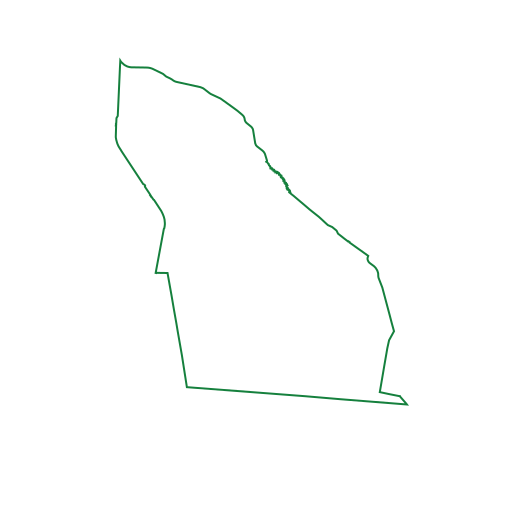 Asten, Noord-Brabant, Netherlands (Natural Earth projection), rotated 18°
{"feature_id": "6326949B72042777534396", "entity_name": "Asten", "entity_type": "district", "adm_level": 2, "iso_a3": "NLD", "parent_name": "Netherlands", "parent_adm1": "Noord-Brabant", "projection": "natural_earth1", "projection_center": [5.775, 51.387], "detail": "fine", "context": "isolated", "style": "outline", "palette": "green", "viewbox_px": 512, "rotation_deg": 18, "n_neighbors": 0, "source": "geoboundaries", "source_scale": "gbopen_adm2", "svg_char_len": 5318}
<svg xmlns="http://www.w3.org/2000/svg" viewBox="0 0 512 512"><g transform="rotate(18 256 256)"><path d="M230.8,402.1L345.9,374.2L380.6,366.1L430.7,354.1L445.4,350.6L444.7,350.1L436.2,345.0L436.1,344.8L435.4,345.0L425.3,346.2L415.8,347.2L413.8,333.5L411.7,319.2L410.1,308.0L409.4,303.2L408.6,295.0L410.5,284.9L406.0,278.1L401.0,270.3L385.9,247.0L379.3,238.9L378.6,237.6L377.6,234.9L377.2,234.2L376.4,233.1L375.7,232.2L374.6,231.3L373.7,230.5L372.5,229.8L371.3,229.2L370.4,228.9L367.1,227.8L365.8,227.3L365.1,226.9L364.5,226.4L364.1,226.0L363.6,225.4L363.2,224.8L363.0,224.4L362.8,223.7L362.7,223.2L362.7,221.2L350.7,217.4L340.8,214.3L340.8,214.2L340.8,213.9L339.2,213.4L339.0,213.6L338.9,213.7L338.7,213.6L334.7,212.2L327.9,209.7L327.1,209.4L325.1,207.3L324.9,207.1L324.6,206.9L319.5,204.9L314.8,204.4L313.0,203.6L306.1,200.4L303.4,199.2L295.3,196.2L293.0,195.3L292.9,195.3L292.1,195.0L291.8,194.8L291.5,194.7L291.0,194.5L273.2,187.2L270.2,186.1L269.6,185.8L268.2,185.3L268.2,185.1L267.7,184.9L267.7,184.7L268.3,184.8L268.4,184.7L268.5,184.6L268.1,184.3L268.1,184.2L268.5,184.2L268.1,183.7L268.0,183.3L267.8,183.2L267.4,183.0L267.2,182.9L266.7,183.2L266.4,183.2L266.5,182.6L266.4,182.5L265.7,182.5L265.6,183.2L265.4,183.2L265.2,182.7L264.6,182.6L264.3,182.3L264.3,182.2L264.8,181.9L265.1,182.1L265.4,181.7L265.2,181.4L264.4,181.4L263.4,180.7L263.2,180.4L263.3,180.3L263.5,179.9L263.9,179.8L264.0,179.6L264.2,179.3L263.8,179.0L263.4,178.2L263.2,178.1L263.0,178.5L262.9,178.7L262.8,178.8L262.6,178.8L262.5,178.4L262.4,178.1L262.3,177.9L262.2,178.0L261.9,178.4L261.7,178.4L261.7,178.1L261.9,177.7L262.0,177.3L261.9,177.1L261.7,177.1L261.2,177.3L260.9,177.7L260.5,177.6L260.7,177.2L260.0,176.4L260.0,176.2L260.1,175.9L259.8,175.8L259.6,175.7L259.5,175.8L259.5,176.0L259.4,176.1L258.8,176.1L258.8,175.9L258.9,175.6L259.0,175.5L259.0,175.4L258.9,175.3L258.4,175.0L258.5,174.9L259.2,174.9L259.3,174.9L259.3,174.6L259.0,174.4L258.9,174.3L258.7,174.3L258.3,174.4L258.1,174.5L257.5,174.4L257.4,174.3L257.4,174.2L257.6,174.0L257.7,173.8L257.7,173.6L257.3,173.5L256.8,173.7L256.7,173.7L256.5,173.3L256.5,173.2L256.3,173.2L256.1,173.2L255.9,173.4L255.8,173.6L255.7,173.6L255.4,173.5L255.4,173.4L255.6,173.0L255.9,172.8L255.8,172.7L255.6,172.4L255.5,172.1L255.4,172.1L255.2,172.1L255.1,172.4L254.9,172.5L254.7,172.4L254.8,172.1L255.1,171.8L255.1,171.7L254.6,171.7L254.1,171.6L253.9,171.1L253.7,171.0L253.3,171.0L253.2,171.1L253.0,171.6L252.8,171.7L252.6,171.5L252.6,171.2L252.9,171.1L252.9,170.9L252.7,170.6L252.4,170.1L252.1,169.9L251.9,169.9L251.6,170.0L251.5,170.3L251.2,170.4L251.0,170.2L250.8,170.1L250.6,170.6L250.4,170.7L250.3,170.3L250.4,170.2L250.5,169.8L250.7,169.5L250.6,169.4L249.8,169.4L249.6,169.4L249.5,169.5L249.6,169.8L249.4,170.0L249.1,170.2L249.1,169.8L249.1,169.7L248.8,169.6L248.7,169.7L248.3,170.1L248.2,170.1L247.9,169.5L247.7,169.5L247.6,169.9L247.5,170.0L247.4,170.0L247.3,169.8L247.1,169.7L246.8,169.5L246.8,169.4L247.0,169.2L247.0,168.8L246.9,168.7L246.8,168.8L246.6,169.0L246.4,169.1L246.4,168.6L246.2,168.4L245.7,168.4L245.3,168.4L245.1,168.5L245.0,168.8L244.8,168.8L244.8,168.7L244.0,168.1L244.2,167.9L244.3,167.7L244.2,167.6L243.8,167.7L243.6,168.1L243.3,168.2L243.1,168.3L242.7,168.3L242.7,168.1L242.9,167.9L243.0,167.7L242.9,167.5L242.6,167.1L242.4,167.0L241.8,166.8L241.8,166.5L241.7,166.3L241.5,166.1L240.4,165.8L240.3,165.7L239.9,165.1L239.8,164.8L239.8,164.7L239.3,164.6L239.1,164.5L238.7,164.1L238.3,163.9L238.1,163.6L237.8,163.4L237.3,163.2L236.7,163.3L236.6,163.2L236.9,162.8L237.1,162.6L237.1,162.2L237.0,161.9L233.0,156.2L232.3,155.5L231.8,155.1L230.9,154.4L230.0,154.0L229.4,153.7L223.6,151.6L223.0,151.4L222.2,150.9L221.7,150.6L221.2,150.0L220.8,149.5L220.5,149.2L214.3,137.1L213.7,136.2L213.3,135.8L212.8,135.4L212.3,135.0L211.4,134.5L206.2,132.5L205.7,132.3L204.6,131.6L204.2,131.2L203.6,130.6L203.2,129.9L202.5,128.6L202.0,127.9L201.1,127.0L200.3,126.5L199.1,125.9L193.4,123.6L192.5,123.3L188.6,122.0L173.9,117.3L172.9,117.1L171.9,117.0L163.8,116.0L163.0,115.9L161.5,115.5L154.5,113.0L153.7,112.8L152.5,112.7L150.9,112.6L127.4,114.9L126.3,115.0L125.3,115.0L124.3,114.9L123.0,114.6L121.5,114.1L120.1,113.8L119.1,113.6L115.2,113.1L114.4,112.8L112.2,111.9L111.5,111.6L110.4,111.4L100.2,110.0L99.3,109.9L97.3,109.9L95.7,110.1L94.8,110.3L93.0,110.8L79.0,115.1L77.4,115.4L75.8,115.5L74.8,115.5L73.7,115.3L72.5,115.1L71.4,114.8L68.1,113.3L67.3,112.8L66.6,112.2L67.7,116.3L68.2,118.2L79.4,158.8L81.2,165.4L81.2,165.8L80.8,167.4L80.7,168.0L81.9,172.3L81.9,173.5L82.0,173.8L82.3,173.8L82.6,175.0L82.4,175.0L82.4,175.3L82.6,175.3L83.0,176.3L85.7,185.6L86.1,186.7L87.3,188.9L87.8,189.6L88.3,190.4L89.5,192.1L90.4,193.1L91.4,194.2L93.4,195.9L94.9,197.1L95.4,197.6L97.5,199.3L126.4,222.4L126.7,222.5L127.6,222.6L128.2,222.8L128.5,223.1L128.9,223.5L128.9,224.4L135.5,229.6L137.0,230.9L136.8,231.1L137.1,231.3L137.2,231.2L137.7,231.6L138.3,232.1L138.2,232.2L138.5,232.4L138.8,232.5L138.9,232.4L141.1,234.1L141.7,234.2L151.9,242.4L153.4,243.9L154.5,245.1L155.5,246.3L156.5,247.6L157.0,248.4L157.8,249.7L158.6,251.6L159.0,252.5L159.5,253.9L159.8,255.3L160.0,256.3L160.2,258.1L160.0,258.5L160.0,258.9L165.8,303.1L166.6,303.0L166.7,302.7L167.0,302.6L171.4,301.3L177.1,299.5L188.1,320.1L194.6,332.5L201.1,344.7L205.0,352.2L216.3,373.5L230.8,402.1Z" fill="none" stroke="#15803d" stroke-width="2"/></g></svg>